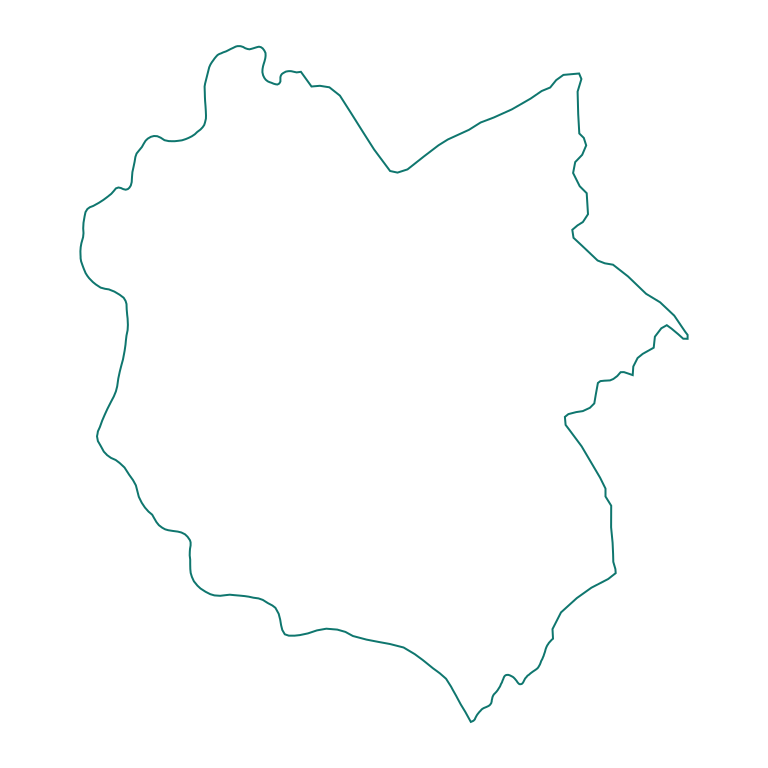 Los Cerrillos, Canelones, Uruguay
{"feature_id": "84410073B16408849158575", "entity_name": "Los Cerrillos", "entity_type": "district", "adm_level": 2, "iso_a3": "URY", "parent_name": "Uruguay", "parent_adm1": "Canelones", "projection": "natural_earth1", "projection_center": [-56.396, -34.629], "detail": "fine", "context": "isolated", "style": "outline", "palette": "teal", "viewbox_px": 768, "rotation_deg": 0, "n_neighbors": 0, "source": "geoboundaries", "source_scale": "gbopen_adm2", "svg_char_len": 5882}
<svg xmlns="http://www.w3.org/2000/svg" viewBox="0 0 768 768"><path d="M553.0,638.7L552.5,629.1L561.0,612.4L576.8,598.1L591.4,587.7L608.2,579.0L615.7,573.1L615.4,569.1L613.3,561.9L613.1,554.0L612.6,542.8L611.1,527.3L611.2,505.7L605.5,496.5L605.5,488.6L600.1,477.7L581.6,446.3L569.1,429.5L565.6,424.9L564.9,416.9L568.4,414.1L576.2,412.1L582.8,411.1L589.9,407.8L594.3,403.4L595.8,394.5L597.9,383.0L600.4,381.1L604.4,380.7L610.0,380.4L613.3,379.0L617.3,376.0L620.6,372.2L623.9,372.1L628.7,373.7L632.7,375.1L633.3,366.5L637.6,358.0L642.8,353.8L653.7,347.7L654.9,336.7L661.3,328.3L666.8,325.2L671.5,328.6L678.2,334.2L683.2,338.7L687.6,338.8L687.6,334.9L685.3,331.9L682.5,327.8L674.3,315.7L660.1,302.3L646.1,293.8L628.0,276.4L613.0,264.7L604.8,263.3L597.6,260.5L582.0,245.7L573.5,237.8L572.3,229.8L577.5,225.4L582.9,222.0L588.0,214.2L586.7,193.2L579.7,186.2L573.1,173.0L575.2,162.1L582.2,154.8L586.2,145.4L583.8,137.9L579.3,133.5L578.2,114.1L577.6,91.6L581.4,79.0L579.1,73.5L563.4,74.9L556.2,80.1L550.2,87.5L541.7,91.0L530.6,98.6L511.8,109.4L493.8,117.5L480.6,122.5L469.0,129.8L447.8,139.5L438.5,145.3L423.7,156.6L407.5,169.4L397.5,172.6L390.1,171.0L374.1,149.5L363.4,132.7L351.0,113.0L339.9,95.6L329.4,87.3L319.9,85.8L311.5,86.5L300.9,71.8L298.9,72.1L296.6,72.4L293.9,71.8L292.6,71.5L291.2,71.2L289.8,71.1L288.1,71.2L285.9,71.6L284.4,72.4L283.0,73.2L281.8,74.1L280.9,75.5L280.4,77.2L280.4,79.4L280.4,81.5L279.8,82.7L278.9,83.8L277.4,84.5L275.8,84.3L273.6,83.7L271.5,82.8L269.4,82.1L267.7,81.3L265.7,79.7L264.3,77.8L263.1,75.3L262.4,72.2L262.5,69.3L263.0,66.4L263.7,63.9L264.5,61.4L265.3,58.2L265.6,55.8L265.5,53.0L264.3,50.5L262.7,48.4L261.0,47.2L259.0,46.7L257.2,47.1L255.5,47.6L253.3,48.3L251.2,48.9L249.5,49.3L247.6,49.0L245.2,48.2L243.2,47.0L240.7,46.2L239.0,46.1L237.6,46.1L235.7,46.6L233.1,47.9L230.7,49.0L228.2,50.3L226.0,51.4L223.1,52.4L221.2,53.3L219.3,54.0L217.6,55.0L217.4,55.2L216.1,56.6L214.6,58.4L213.2,60.4L211.8,62.3L210.4,64.6L209.2,67.3L205.1,83.6L204.6,86.5L204.7,90.0L204.8,92.8L204.9,96.8L205.1,101.0L205.5,105.9L205.8,110.8L206.0,115.6L205.9,118.7L205.0,122.5L204.2,125.0L202.6,127.3L200.5,129.5L197.2,132.0L194.8,134.3L191.8,136.3L188.6,137.9L185.7,139.1L182.0,140.3L178.4,140.8L174.8,141.2L171.9,141.2L168.7,141.1L164.5,140.2L160.7,137.7L157.3,136.2L154.0,136.0L150.9,136.8L147.8,138.6L145.6,140.7L143.8,143.6L141.9,147.0L139.1,150.4L136.6,153.5L135.4,156.9L134.6,161.8L133.6,166.6L132.4,172.1L132.0,177.1L131.7,182.1L130.8,185.5L129.4,187.7L127.8,189.1L125.7,189.7L123.2,189.1L120.9,188.0L118.4,187.5L115.9,188.4L113.7,191.1L111.3,193.8L106.9,197.3L103.4,199.9L98.9,202.8L93.1,206.0L89.9,207.2L87.4,209.0L85.5,212.1L84.6,216.3L83.5,222.8L83.2,228.4L83.5,233.1L83.1,237.1L82.2,240.3L81.4,243.2L80.7,247.1L80.4,251.2L80.5,254.8L80.6,256.7L80.6,258.3L81.1,261.3L82.6,265.6L83.8,268.8L85.6,273.1L87.3,275.8L89.2,278.3L92.8,282.0L95.9,284.5L100.6,287.6L105.0,288.8L108.9,289.4L111.1,290.3L114.4,291.6L119.6,294.7L123.7,297.8L125.6,301.0L126.5,304.0L126.7,309.4L127.2,315.1L127.6,318.5L127.9,324.9L127.6,330.2L126.5,335.5L125.9,340.4L125.5,344.7L124.6,350.9L123.0,359.4L121.3,365.6L119.8,371.5L118.3,378.5L117.2,386.3L115.9,391.4L113.8,396.5L111.0,401.8L107.4,408.9L104.7,414.8L102.2,420.6L99.9,427.0L97.9,431.4L97.5,434.0L97.0,436.3L97.9,441.1L100.8,446.1L103.8,451.6L107.2,455.2L111.0,457.9L115.7,460.0L119.4,462.8L120.1,463.4L124.5,467.5L129.2,474.8L133.0,480.1L135.9,485.4L137.2,490.5L138.8,496.8L141.7,502.7L144.9,507.5L148.5,511.6L152.2,514.7L154.1,518.1L156.5,522.2L158.9,525.2L162.2,527.7L165.1,529.3L168.2,530.2L173.2,531.0L177.8,531.6L181.4,532.5L185.0,534.3L187.6,536.8L190.0,540.3L190.6,542.4L190.6,545.4L190.0,548.9L189.8,551.7L189.7,555.4L190.2,559.7L190.2,564.3L190.3,569.0L190.7,573.0L191.9,576.9L193.9,581.3L197.4,585.6L200.5,588.5L205.6,591.8L210.3,594.2L214.4,595.4L220.2,595.8L225.2,595.2L229.7,594.7L234.9,595.2L239.7,595.6L244.7,596.1L248.8,596.7L253.4,597.7L258.5,598.4L262.8,599.9L267.7,603.0L272.4,605.5L275.4,607.8L278.7,613.8L280.2,619.7L281.1,625.2L282.3,630.0L284.8,634.3L288.9,635.7L294.3,635.7L299.8,635.1L307.9,633.4L316.9,630.4L326.3,628.7L337.3,629.6L345.4,631.9L352.9,636.0L366.5,639.6L378.4,641.9L389.9,644.0L403.6,647.5L414.7,654.1L422.6,659.9L426.1,662.7L433.0,668.3L437.0,671.2L439.0,672.7L439.7,673.2L445.0,677.8L446.1,678.8L451.1,686.7L452.7,689.7L456.2,695.9L457.3,698.0L460.8,704.5L465.3,711.9L469.5,719.5L470.8,721.9L473.4,720.8L474.8,719.4L475.1,718.6L475.5,717.7L476.2,716.4L476.8,715.3L477.4,714.4L478.2,713.4L478.9,712.5L479.6,711.7L480.4,710.9L481.1,710.1L481.7,709.4L482.4,708.9L483.0,708.5L483.9,708.0L484.9,707.6L485.6,707.3L486.4,707.0L487.2,706.6L488.1,706.2L488.8,705.8L489.5,705.3L490.1,704.7L490.7,703.9L491.2,703.2L491.4,702.4L491.7,701.4L491.7,700.8L491.8,700.1L492.1,699.0L492.3,697.9L492.6,696.8L493.1,695.7L493.6,694.8L494.2,694.0L494.9,693.4L495.7,692.5L496.3,691.9L497.0,691.0L497.7,690.1L498.2,689.3L498.8,688.3L499.6,687.1L500.0,686.4L500.4,685.6L500.9,684.2L501.5,683.2L502.1,682.0L502.4,681.0L502.8,680.0L503.3,679.0L503.6,678.0L504.1,676.9L504.6,676.1L504.9,675.8L505.3,675.5L506.2,675.0L507.3,674.9L508.4,674.9L509.4,675.2L510.4,675.6L511.5,676.2L512.5,676.7L513.1,677.1L513.4,677.3L514.1,678.0L514.9,678.8L515.6,679.7L516.3,680.5L516.8,681.2L517.3,682.0L518.2,683.1L518.9,683.8L519.7,684.2L520.6,684.2L521.5,684.0L522.2,683.6L523.1,682.5L523.7,681.3L524.4,679.9L525.2,678.4L526.5,677.0L527.5,675.7L529.0,674.7L530.3,673.5L531.5,672.6L533.0,671.5L534.2,670.7L535.7,669.7L536.6,669.0L537.4,668.4L537.5,668.2L538.1,667.6L538.7,666.6L539.4,665.4L540.0,664.3L540.5,663.0L540.9,661.9L541.2,661.0L541.7,660.1L542.1,659.4L542.2,659.2L542.6,658.3L543.0,657.2L543.5,656.2L543.9,654.9L544.4,653.4L544.9,652.0L545.2,650.9L545.5,649.7L545.8,648.7L546.2,647.7L546.6,646.7L547.3,645.3L548.1,644.2L548.8,643.0L549.6,642.1L550.6,641.0L551.7,639.8L553.0,638.7Z" fill="none" stroke="#0f766e" stroke-width="2"/></svg>